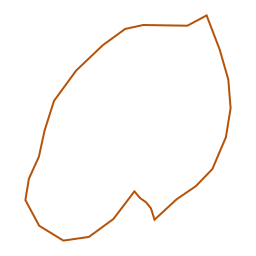 the state/province of Saint Helena
{"feature_id": "SHN-4864", "entity_name": "Saint Helena", "entity_type": "state/province", "adm_level": 1, "iso_a3": "SHN", "parent_name": "Saint Helena", "parent_adm1": "", "projection": "equal_earth", "projection_center": [-5.718, -15.959], "detail": "fine", "context": "isolated", "style": "outline", "palette": "amber", "viewbox_px": 256, "rotation_deg": 0, "n_neighbors": 0, "source": "natural_earth", "source_scale": "10m", "svg_char_len": 445}
<svg xmlns="http://www.w3.org/2000/svg" viewBox="0 0 256 256"><path d="M125.2,28.9L143.3,25.0L187.4,25.7L206.6,15.4L219.8,49.9L228.3,79.6L230.6,108.2L225.9,137.2L212.4,169.0L195.9,186.1L176.7,199.2L154.5,219.7L151.0,208.4L146.0,202.2L140.2,198.2L134.4,191.4L113.4,219.0L88.9,236.9L63.4,240.6L39.2,225.8L25.4,200.1L28.9,178.7L38.9,156.7L44.6,130.4L54.0,100.9L76.1,70.6L102.8,45.2L125.2,28.9Z" fill="none" stroke="#b45309" stroke-width="2"/></svg>